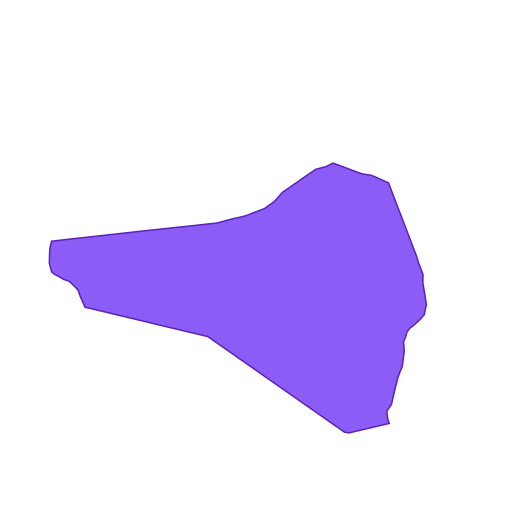 Damanhur, Al Buhayrah, Egypt (orthographic projection), rotated 295°
{"feature_id": "37247803B7643312094608", "entity_name": "Damanhur", "entity_type": "district", "adm_level": 2, "iso_a3": "EGY", "parent_name": "Egypt", "parent_adm1": "Al Buhayrah", "projection": "orthographic", "projection_center": [30.461, 31.05], "detail": "fine", "context": "isolated", "style": "filled", "palette": "violet", "viewbox_px": 512, "rotation_deg": 295, "n_neighbors": 0, "source": "geoboundaries", "source_scale": "gbopen_adm2", "svg_char_len": 1156}
<svg xmlns="http://www.w3.org/2000/svg" viewBox="0 0 512 512"><g transform="rotate(295 256 256)"><path d="M302.0,418.7L309.9,415.1L315.8,409.0L319.0,405.7L323.0,402.3L376.6,346.9L378.3,345.2L378.2,340.5L378.1,332.3L377.9,326.4L375.2,317.3L372.8,286.7L366.6,281.6L359.7,273.4L349.5,267.4L326.9,254.3L324.7,253.0L313.2,249.6L305.9,245.5L302.3,243.4L295.0,236.2L288.2,229.8L286.4,227.6L283.7,224.1L279.8,219.1L277.5,216.3L269.4,206.7L266.7,202.2L252.4,178.7L251.1,176.4L237.4,153.8L231.3,143.6L226.1,135.1L192.4,79.7L183.0,64.5L176.7,65.8L172.3,67.3L162.2,71.7L155.2,77.5L154.3,80.6L154.0,86.4L153.5,91.8L154.2,97.0L153.5,99.2L152.0,103.7L150.0,109.0L145.0,113.9L143.3,115.8L137.3,122.7L148.3,176.2L151.8,193.7L162.6,246.3L158.7,268.5L133.7,410.8L135.2,415.5L137.0,417.6L138.5,419.5L160.6,447.5L162.4,445.8L164.3,443.9L170.7,440.1L178.7,441.5L187.1,439.7L196.7,437.7L207.2,435.8L213.9,435.4L217.7,435.3L224.7,433.0L229.2,431.6L231.4,431.0L237.2,428.0L240.2,426.1L247.3,425.6L250.9,424.9L256.3,426.2L259.1,428.0L261.9,429.1L267.8,431.5L273.8,433.3L281.2,431.5L283.4,431.3L292.4,425.3L302.0,418.7Z" fill="#8b5cf6" stroke="#5b21b6" stroke-width="1.5"/></g></svg>